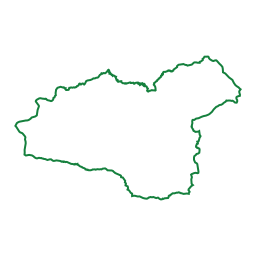 outline of Silos, Norte de Santander, Colombia, rotated 90°
{"feature_id": "7082276B89069958186341", "entity_name": "Silos", "entity_type": "district", "adm_level": 2, "iso_a3": "COL", "parent_name": "Colombia", "parent_adm1": "Norte de Santander", "projection": "robinson", "projection_center": [-72.792, 7.177], "detail": "fine", "context": "isolated", "style": "outline", "palette": "green", "viewbox_px": 256, "rotation_deg": 90, "n_neighbors": 0, "source": "geoboundaries", "source_scale": "gbopen_adm2", "svg_char_len": 5702}
<svg xmlns="http://www.w3.org/2000/svg" viewBox="0 0 256 256"><g transform="rotate(90 128 128)"><path d="M154.6,231.5L155.5,230.1L154.9,226.9L155.4,224.0L156.4,222.4L157.5,221.3L157.7,220.7L158.1,220.2L158.4,219.0L157.8,217.0L158.1,215.7L158.0,214.7L158.5,213.8L158.5,213.0L158.9,212.3L159.1,210.7L160.0,208.6L159.3,206.0L159.3,205.0L160.6,203.3L160.9,202.5L160.8,201.3L160.4,199.6L160.9,196.1L161.2,195.0L161.7,194.6L161.4,193.0L162.0,192.7L162.0,192.3L161.6,191.4L162.1,190.7L161.9,189.2L163.9,184.8L164.0,183.2L164.3,182.5L164.1,181.7L164.5,181.5L164.4,180.7L163.9,180.2L164.3,179.4L163.9,178.5L164.8,178.3L165.0,177.5L166.1,176.4L166.8,174.8L166.9,174.2L167.5,173.7L168.3,171.5L168.7,170.9L169.5,170.5L169.4,169.2L170.0,168.8L169.8,168.0L170.2,167.6L170.3,165.7L170.0,164.2L169.5,163.5L169.4,161.0L169.7,160.4L169.2,158.7L169.4,156.6L169.2,155.3L169.4,154.4L168.7,153.5L168.4,150.9L169.1,149.7L170.3,148.5L170.5,144.2L171.0,143.0L172.0,142.1L172.5,141.3L173.0,140.9L175.4,135.4L175.9,135.0L177.2,134.9L177.5,133.2L180.9,130.8L182.4,131.1L183.2,130.2L183.9,130.0L184.7,130.4L185.4,130.5L186.4,128.3L188.2,127.9L189.6,128.5L190.4,126.9L192.8,125.3L193.6,123.9L196.1,123.9L195.7,122.0L195.9,120.5L196.5,118.3L196.4,116.4L198.0,113.0L198.5,111.0L198.7,109.1L198.3,108.2L197.5,107.2L197.4,106.4L197.0,105.7L197.3,103.9L197.0,102.7L198.1,99.8L197.6,98.0L198.9,96.4L199.4,95.2L199.3,94.0L198.6,93.3L198.9,92.6L198.3,91.4L198.0,87.9L196.9,87.3L196.1,87.3L195.7,87.0L195.4,86.5L195.4,85.7L194.6,85.2L194.4,84.7L193.3,83.4L193.3,81.4L192.6,79.2L192.7,78.3L192.3,77.3L192.6,76.2L193.1,75.7L193.1,75.0L193.9,72.4L193.5,69.1L193.8,67.2L193.0,67.2L192.1,66.5L191.7,66.4L190.2,67.5L189.3,67.4L186.1,64.7L185.1,63.1L184.3,64.0L183.6,64.4L179.4,64.7L177.1,64.1L174.6,64.9L174.1,64.3L173.1,61.9L172.8,60.4L173.2,58.5L172.9,57.7L171.8,57.5L164.1,58.7L163.3,59.3L162.4,60.9L159.8,62.0L157.5,62.0L156.2,61.7L155.0,60.2L154.0,59.5L153.6,57.9L152.7,56.7L149.8,56.4L148.6,56.7L147.9,58.7L147.6,58.6L147.1,59.8L146.2,60.0L143.8,59.1L143.6,58.8L143.8,58.4L143.6,58.1L143.0,58.1L141.6,58.7L141.3,57.5L141.0,57.3L137.7,56.4L136.4,55.5L136.0,55.5L134.8,56.3L131.1,56.8L131.6,57.6L131.9,60.7L131.2,61.4L130.9,62.4L130.5,62.7L129.4,62.8L129.2,63.2L128.1,63.8L127.3,64.1L126.3,64.1L126.3,64.4L123.1,63.6L121.6,63.8L120.2,63.6L119.9,63.3L119.9,61.7L118.6,59.9L118.2,57.4L116.8,54.4L116.1,52.4L115.6,50.0L114.6,47.5L114.0,46.5L111.8,44.0L109.4,42.3L106.8,39.7L106.3,38.3L105.3,37.0L104.9,36.0L104.8,34.9L104.0,33.4L103.0,32.5L101.6,30.3L100.5,29.6L100.7,28.6L100.5,27.7L100.5,25.9L100.9,24.5L100.7,23.4L101.6,22.0L102.4,21.3L102.7,19.9L102.6,19.3L101.5,18.8L100.1,18.8L98.7,19.6L97.3,19.6L96.7,19.0L96.0,17.1L95.9,16.2L94.9,16.0L91.9,16.8L91.2,16.7L89.3,15.4L88.7,16.2L87.4,17.4L86.2,19.3L85.0,20.7L82.8,22.2L79.9,23.6L77.5,26.9L73.5,30.7L72.3,33.0L68.9,33.2L66.9,33.6L65.3,34.9L63.7,36.6L61.3,38.7L60.4,39.6L60.3,40.1L60.6,41.6L61.0,42.4L60.8,43.6L59.2,46.2L58.2,47.0L57.0,47.4L56.6,47.9L56.7,51.5L58.4,52.6L58.9,53.4L60.0,53.2L61.4,55.0L61.8,56.2L62.8,56.3L62.7,58.7L62.4,59.7L62.4,61.5L62.7,62.2L64.6,64.2L65.6,68.6L65.0,69.4L64.9,70.6L64.0,72.8L64.3,73.7L64.3,74.8L64.5,75.1L64.7,77.2L65.2,78.0L66.2,79.0L67.1,78.9L69.6,82.4L70.6,82.7L70.9,83.7L71.3,83.7L71.4,83.9L71.2,84.2L71.5,84.7L71.4,85.2L71.2,85.6L71.0,85.3L70.5,86.1L70.4,87.5L70.5,87.9L71.1,88.2L71.4,89.6L71.9,90.4L71.9,92.3L72.4,92.9L73.7,93.0L73.8,93.6L74.5,93.3L74.8,94.1L75.4,94.0L75.6,94.2L75.8,95.0L77.1,95.2L77.7,96.3L78.4,96.6L78.6,97.4L79.5,97.7L80.1,98.8L81.1,99.1L81.6,100.3L82.3,100.7L83.2,102.0L84.3,101.8L84.8,102.2L86.4,100.9L88.2,100.5L90.3,100.4L90.6,100.9L90.3,101.6L90.4,103.1L90.1,104.1L90.7,105.6L90.8,106.6L91.5,107.5L91.5,108.0L90.7,108.9L88.5,108.1L87.8,109.1L86.6,109.3L86.1,110.2L86.3,111.5L86.1,112.0L85.7,112.4L85.2,111.5L84.5,111.2L84.2,111.4L83.8,111.8L83.8,112.9L83.1,113.8L83.5,114.5L84.3,114.1L84.3,115.0L85.1,116.1L84.8,116.3L83.7,115.9L83.3,116.0L83.1,117.1L83.9,116.8L84.1,117.0L83.9,117.5L83.6,118.0L82.8,117.6L82.6,117.8L82.6,119.0L83.0,121.0L83.2,121.4L83.7,121.5L83.8,121.9L82.7,122.8L83.0,124.0L83.0,125.2L82.5,125.4L82.4,125.9L83.6,129.7L83.2,130.1L83.7,130.8L83.7,131.0L83.3,131.2L83.2,133.2L82.1,134.7L81.2,134.7L81.3,136.0L81.8,137.5L81.7,138.1L80.7,138.9L80.6,138.3L80.2,138.2L78.8,140.0L77.5,140.2L76.9,140.0L76.9,140.6L76.5,140.6L75.6,142.0L75.5,142.7L75.9,143.2L75.5,143.4L75.2,144.1L74.7,144.0L74.3,145.0L74.2,144.6L73.6,145.5L72.9,145.7L73.1,146.4L72.6,147.0L71.3,146.6L70.2,147.0L69.8,147.4L70.2,148.1L71.4,148.8L72.8,150.2L73.3,151.0L73.0,152.3L73.7,153.5L73.3,153.9L73.2,154.5L74.4,155.1L74.9,156.1L77.2,157.7L77.6,158.3L77.8,159.9L78.4,161.1L78.4,162.7L79.1,163.5L80.0,165.6L80.5,168.6L81.1,169.8L83.8,171.1L84.5,171.9L83.6,172.8L83.5,173.3L83.5,173.7L84.4,174.7L84.5,175.2L83.6,176.0L83.6,176.5L84.1,177.0L85.3,177.4L85.7,177.8L86.0,178.9L86.6,179.2L87.1,179.8L87.1,180.4L87.5,180.9L87.6,181.5L87.3,182.1L87.7,183.5L87.4,185.0L87.8,185.7L87.8,186.7L88.2,186.9L89.6,187.2L89.9,187.7L90.0,189.9L89.1,190.7L88.7,190.9L88.2,190.5L87.8,192.1L87.3,192.3L87.5,193.1L86.8,195.4L87.8,198.5L89.7,199.9L93.1,200.4L95.3,200.2L95.9,201.0L97.4,201.5L97.8,202.5L99.7,202.9L100.9,204.2L101.1,205.0L100.5,206.8L100.3,208.0L99.7,209.3L99.0,209.7L98.7,210.3L99.0,211.0L98.7,212.2L98.8,212.7L98.2,215.7L98.4,216.8L99.8,219.3L100.7,220.1L101.5,220.2L105.6,217.2L106.4,217.1L110.0,218.4L115.4,219.2L116.5,220.8L117.5,224.3L118.8,225.5L120.0,227.3L120.4,228.5L120.5,230.3L121.7,236.6L122.5,238.3L123.2,239.2L125.9,240.6L127.2,239.5L131.6,236.7L132.3,235.9L133.2,233.7L133.6,233.3L136.0,231.3L137.2,230.6L139.4,231.0L141.6,230.4L143.4,230.3L149.9,231.4L152.7,231.3L154.6,231.5Z" fill="none" stroke="#15803d" stroke-width="2"/></g></svg>